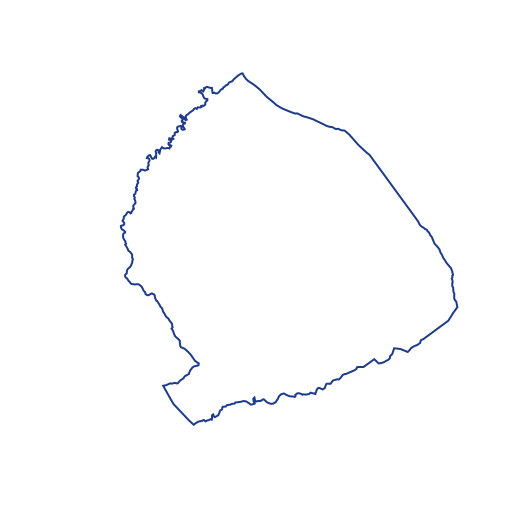 outline of Kitui West, Eastern, Kenya, rotated 144°
{"feature_id": "3690345B81121704285473", "entity_name": "Kitui West", "entity_type": "district", "adm_level": 2, "iso_a3": "KEN", "parent_name": "Kenya", "parent_adm1": "Eastern", "projection": "equal_earth", "projection_center": [37.929, -1.241], "detail": "fine", "context": "isolated", "style": "outline", "palette": "blue", "viewbox_px": 512, "rotation_deg": 144, "n_neighbors": 0, "source": "geoboundaries", "source_scale": "gbopen_adm2", "svg_char_len": 6144}
<svg xmlns="http://www.w3.org/2000/svg" viewBox="0 0 512 512"><g transform="rotate(144 256 256)"><path d="M405.6,156.1L403.5,156.2L400.0,155.9L396.4,154.2L395.5,154.3L394.7,154.1L394.3,153.1L394.1,151.9L392.2,151.6L390.4,150.9L388.6,150.7L388.0,149.6L387.1,150.2L385.5,152.6L384.5,153.2L383.7,153.0L384.3,151.4L384.0,149.8L381.6,149.5L380.1,149.4L377.3,150.9L376.6,151.8L375.6,152.1L374.3,151.8L373.3,152.1L372.4,153.2L371.4,153.5L369.0,152.0L367.8,152.3L366.7,152.3L365.4,151.4L363.7,150.7L362.8,150.7L360.0,149.2L358.8,149.6L353.9,146.9L351.4,146.1L349.4,144.1L348.0,140.5L347.7,139.1L346.7,138.3L343.8,137.4L343.3,139.9L342.1,142.1L340.5,142.4L341.7,139.5L341.6,138.3L339.6,137.5L337.4,136.0L334.5,135.9L333.8,135.0L333.2,131.6L332.6,130.2L331.2,128.1L330.3,127.3L328.5,126.3L327.4,126.6L326.5,126.1L325.7,126.2L323.6,127.2L322.6,127.4L320.2,128.8L317.8,129.3L316.5,129.3L314.3,128.4L312.7,125.1L311.2,122.7L308.4,120.3L307.4,119.2L306.4,119.4L305.8,120.5L303.4,120.6L302.6,120.2L301.9,119.7L300.5,117.9L300.0,116.5L299.2,116.4L297.0,114.5L294.3,113.2L292.1,113.3L289.1,109.5L288.4,110.4L287.4,110.6L285.5,112.1L284.2,112.5L283.0,112.6L282.0,111.5L280.4,108.8L277.6,108.8L276.7,109.7L274.4,111.1L273.5,110.9L270.8,108.8L267.2,110.0L266.2,109.8L262.9,108.6L261.6,107.4L259.2,107.7L255.8,108.8L253.8,108.4L252.6,107.7L243.1,105.6L241.1,105.6L240.3,106.3L239.3,106.6L234.2,103.0L221.0,103.0L219.9,97.0L218.7,96.3L215.4,95.0L210.1,94.3L208.0,94.5L206.4,96.1L203.4,96.6L198.5,100.1L195.5,97.5L193.5,95.4L189.7,89.2L187.0,89.6L185.0,90.2L183.1,90.3L180.2,89.9L178.0,89.2L174.2,89.2L172.5,90.8L170.9,90.8L169.5,90.4L138.5,90.6L129.5,94.2L123.2,96.2L120.8,101.4L121.0,103.0L120.7,104.8L120.0,106.0L117.7,109.0L117.4,110.7L115.0,114.8L115.0,116.1L113.2,118.7L112.3,119.2L111.3,121.0L111.0,122.6L109.6,123.3L108.9,124.6L108.1,124.7L107.4,125.3L106.9,127.2L106.3,128.1L105.3,132.1L105.6,133.3L105.9,138.7L105.6,142.7L105.6,144.7L104.9,147.6L104.7,150.4L103.7,153.4L103.7,155.7L104.3,161.1L102.6,168.1L102.8,170.0L102.4,172.3L102.3,173.9L102.6,175.3L102.4,176.5L102.8,177.6L103.4,178.5L103.7,180.1L104.7,182.4L105.1,184.2L105.1,185.6L104.6,188.0L104.5,190.6L104.7,271.2L105.6,274.0L107.9,285.7L109.2,299.6L110.6,305.4L113.3,307.8L114.6,310.4L115.4,311.1L116.3,311.4L117.0,312.1L118.5,315.4L120.8,317.6L122.4,319.7L125.3,325.4L127.7,329.6L129.2,332.7L133.5,338.7L135.5,341.0L138.8,347.1L140.6,348.2L143.6,352.6L147.7,359.3L149.1,362.2L150.7,366.0L151.7,370.6L153.8,378.5L155.1,388.4L156.3,393.3L157.1,396.0L159.5,402.4L160.0,405.1L160.0,408.9L159.5,411.5L160.5,412.2L163.8,412.5L166.2,412.4L170.2,412.0L172.4,411.4L176.0,412.2L177.8,411.3L178.9,411.4L179.7,411.8L182.0,411.4L183.3,411.6L184.3,410.9L186.6,411.2L189.8,410.3L191.6,410.3L193.1,411.2L193.8,412.7L194.6,412.9L195.3,413.4L192.9,417.9L194.1,418.8L196.3,421.7L197.8,422.0L198.6,421.5L199.3,422.3L200.8,420.7L201.9,420.2L202.6,422.2L204.1,422.2L205.5,422.8L206.0,422.0L205.1,421.1L204.2,419.5L204.3,417.8L205.1,414.8L204.9,413.5L203.1,411.5L203.9,410.5L205.8,410.4L206.8,409.9L208.1,408.3L210.2,408.2L211.0,409.2L212.2,409.6L212.7,408.5L213.6,408.8L215.8,410.5L217.4,409.8L218.1,411.2L219.4,411.5L221.1,410.9L225.0,411.0L228.2,410.6L229.2,410.9L230.2,410.6L231.3,409.7L232.0,407.0L233.1,407.3L233.2,408.6L232.6,410.2L233.2,411.3L234.2,414.4L235.4,413.8L235.4,412.2L234.8,411.0L234.5,409.7L235.4,409.2L236.4,409.2L237.1,408.2L235.2,405.5L235.9,405.0L236.7,405.6L237.6,405.5L238.5,404.7L239.0,403.5L238.9,401.7L239.1,400.5L240.1,400.6L241.1,401.2L241.7,402.4L241.0,403.6L240.2,404.3L240.4,405.4L242.9,406.5L244.2,406.4L245.0,405.3L245.8,402.6L246.9,402.4L247.5,403.1L249.3,403.5L250.7,401.6L252.9,401.9L254.0,401.0L254.0,399.3L255.6,399.5L255.9,400.9L257.0,402.2L258.0,401.3L257.0,400.1L257.3,398.6L258.1,398.3L259.2,398.3L260.1,398.9L261.0,398.2L261.2,397.1L260.3,396.3L259.7,395.0L260.4,394.5L261.2,394.9L262.8,393.9L263.7,395.1L266.5,396.6L267.5,397.4L268.0,399.3L270.7,398.4L273.7,395.8L273.9,397.1L272.7,398.9L273.6,400.1L274.7,400.2L275.7,399.6L276.4,397.8L277.4,396.5L278.2,395.2L279.1,394.3L279.5,395.6L280.9,395.0L281.8,395.0L282.8,395.5L282.8,397.0L282.5,398.3L282.4,400.0L283.3,400.3L285.6,400.1L286.7,399.4L285.5,398.2L285.5,396.9L286.2,395.6L288.5,394.5L289.6,392.3L290.6,392.2L291.6,391.5L292.3,389.6L295.5,390.3L296.8,392.3L298.6,393.6L299.7,392.7L302.7,392.6L304.9,390.2L304.6,388.5L305.3,387.2L307.8,386.3L308.0,384.8L309.0,384.1L309.9,384.0L310.6,383.5L311.3,382.3L312.7,382.1L313.3,381.3L312.9,380.1L313.5,379.1L314.4,379.4L315.6,378.7L316.9,377.4L318.8,377.2L319.5,376.2L319.7,374.5L320.9,373.7L321.2,371.7L322.4,369.6L325.4,369.0L326.3,368.2L327.0,366.0L327.9,366.3L329.1,365.4L331.0,364.7L331.7,364.1L332.5,364.3L332.5,365.6L333.3,366.6L334.3,366.9L337.6,365.6L339.7,365.6L341.2,363.8L343.3,362.9L343.2,360.3L343.9,359.2L345.2,358.9L347.6,359.8L348.1,359.0L348.7,357.8L348.7,356.1L347.7,353.5L347.7,352.3L348.7,351.8L349.8,352.1L350.9,351.5L351.6,350.6L352.9,348.5L353.1,345.8L353.1,344.6L353.8,343.4L353.9,342.3L355.1,342.1L355.6,337.1L356.1,335.5L355.4,332.9L355.4,329.9L357.3,327.3L357.4,325.8L359.1,324.6L360.0,323.4L362.7,321.8L363.8,321.2L367.2,320.9L368.2,320.5L369.3,319.7L370.7,318.0L372.8,317.8L373.5,317.0L374.0,315.8L373.9,314.6L373.5,313.6L373.7,310.8L373.4,309.3L373.5,307.8L373.1,306.5L370.9,304.3L368.2,302.7L367.5,301.9L366.9,299.9L366.6,298.5L366.8,296.3L367.2,294.7L367.3,293.7L367.0,292.5L367.2,291.2L367.8,290.1L366.9,288.1L366.1,287.5L362.2,287.0L361.8,285.8L361.0,284.8L361.3,283.2L362.3,281.3L362.9,278.5L362.5,277.5L362.7,273.2L363.1,271.0L362.7,268.7L363.9,265.6L363.9,263.7L364.3,260.5L364.3,258.9L363.8,257.6L363.7,256.5L363.9,255.1L363.8,250.4L365.0,248.4L365.4,247.3L367.0,246.9L367.1,244.3L368.1,241.3L368.6,238.3L367.6,234.1L367.5,232.1L368.6,230.7L369.1,229.5L370.0,228.1L370.3,226.2L368.2,222.9L367.3,218.5L366.8,214.5L367.0,207.3L366.4,205.1L365.4,202.8L366.8,201.4L371.4,203.2L373.1,203.1L376.8,202.0L379.7,200.0L384.4,200.6L386.5,199.7L390.8,199.8L393.9,199.0L394.7,199.2L396.5,201.3L398.8,202.0L400.5,203.5L404.7,204.3L407.4,205.6L409.5,187.5L409.7,184.4L406.9,162.5L405.6,156.1Z" fill="none" stroke="#1e3a8a" stroke-width="2"/></g></svg>